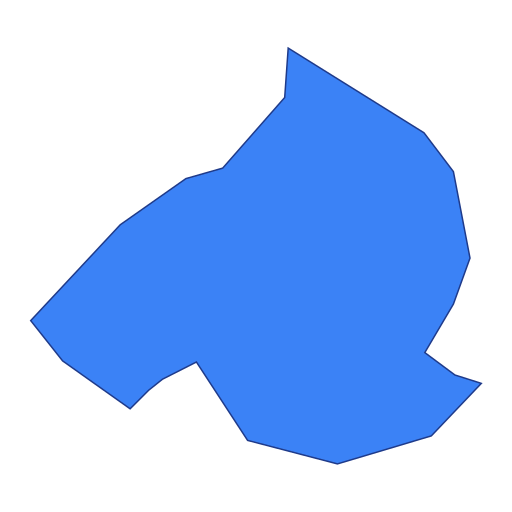 SVG path tracing the border of Črenšovci
{"feature_id": "SVN-263", "entity_name": "Črenšovci", "entity_type": "Municipality", "adm_level": 1, "iso_a3": "SVN", "parent_name": "Slovenia", "parent_adm1": "", "projection": "equal_earth", "projection_center": [16.304, 46.564], "detail": "fine", "context": "isolated", "style": "filled", "palette": "blue", "viewbox_px": 512, "rotation_deg": 0, "n_neighbors": 0, "source": "natural_earth", "source_scale": "10m", "svg_char_len": 404}
<svg xmlns="http://www.w3.org/2000/svg" viewBox="0 0 512 512"><path d="M481.3,383.4L431.3,435.9L337.4,463.9L247.6,440.4L196.4,362.0L162.5,379.2L148.7,390.2L130.1,408.8L62.6,360.9L30.7,320.6L120.3,224.7L185.9,178.6L222.7,168.1L284.7,97.5L288.2,48.1L424.0,132.8L453.4,171.6L470.0,258.1L453.4,304.1L424.8,352.6L454.9,375.0L478.3,382.4L481.3,383.4Z" fill="#3b82f6" stroke="#1e3a8a" stroke-width="1.5"/></svg>